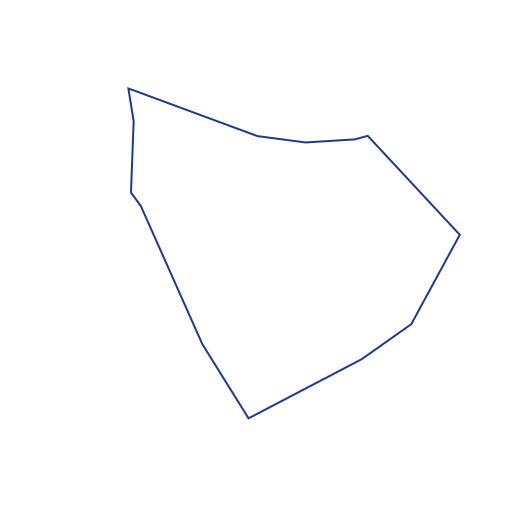 outline of Žetale, rotated 202°
{"feature_id": "SVN-231", "entity_name": "Žetale", "entity_type": "Municipality", "adm_level": 1, "iso_a3": "SVN", "parent_name": "Slovenia", "parent_adm1": "", "projection": "orthographic", "projection_center": [15.829, 46.285], "detail": "fine", "context": "isolated", "style": "outline", "palette": "blue", "viewbox_px": 512, "rotation_deg": 202, "n_neighbors": 0, "source": "natural_earth", "source_scale": "10m", "svg_char_len": 368}
<svg xmlns="http://www.w3.org/2000/svg" viewBox="0 0 512 512"><g transform="rotate(202 256 256)"><path d="M437.0,363.5L432.4,363.7L299.6,367.7L252.7,379.8L207.9,401.2L197.4,409.3L195.6,408.4L75.0,352.0L86.5,251.0L119.3,200.0L202.1,102.7L272.8,154.2L381.5,259.2L395.7,268.0L419.9,335.1L436.4,362.4L437.0,363.5Z" fill="none" stroke="#1e3a8a" stroke-width="2"/></g></svg>